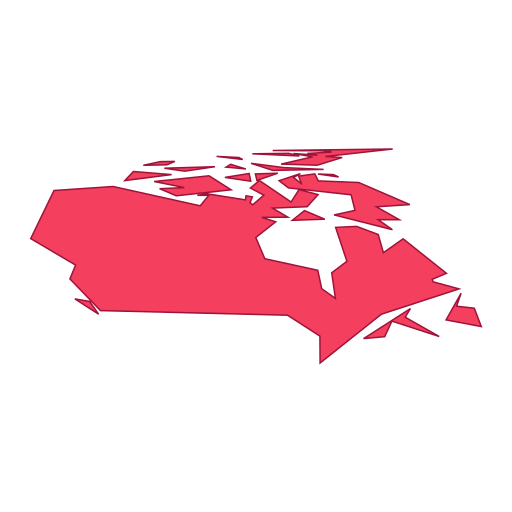 SVG path tracing the border of Canada
{"feature_id": "CAN", "entity_name": "Canada", "entity_type": "country or territory", "adm_level": 0, "iso_a3": "CAN", "parent_name": "North America", "parent_adm1": "", "projection": "equal_earth", "projection_center": [-89.555, 62.395], "detail": "medium", "context": "isolated", "style": "filled", "palette": "rose", "viewbox_px": 512, "rotation_deg": 0, "n_neighbors": 0, "source": "natural_earth", "source_scale": "50m", "svg_char_len": 1940}
<svg xmlns="http://www.w3.org/2000/svg" viewBox="0 0 512 512"><path d="M75.6,265.1L30.7,238.6L54.0,190.5L113.1,186.5L200.2,205.8L208.8,195.3L197.3,195.3L207.2,193.8L245.5,199.9L246.0,195.8L252.4,196.9L250.0,202.6L252.7,204.8L263.8,195.2L250.4,188.0L259.4,180.5L291.1,202.0L299.0,189.6L318.1,194.6L307.2,206.7L272.5,208.1L287.9,217.2L261.8,217.4L275.7,221.8L255.8,237.5L264.8,258.7L317.8,270.3L321.7,288.7L335.4,298.4L331.7,272.8L346.9,261.3L335.6,227.4L356.6,226.4L378.2,234.5L383.4,252.7L403.1,238.8L446.4,273.3L432.2,279.3L433.1,281.8L459.0,288.9L381.4,314.2L320.1,363.0L319.9,336.1L287.5,315.2L100.5,310.6L69.9,278.9L75.6,265.1ZM300.8,183.2L301.7,184.5L298.6,176.1L314.8,173.9L318.3,180.9L358.7,182.5L409.9,204.6L376.4,206.8L399.3,219.7L378.2,219.7L392.4,229.7L334.1,214.9L355.0,210.4L351.1,194.8L288.4,187.9L279.1,180.7L300.4,173.6L293.5,177.5L300.8,183.2ZM272.7,150.5L392.7,149.0L325.3,156.5L342.2,157.5L317.3,165.2L281.1,164.1L312.6,156.8L293.3,153.5L317.5,155.2L307.3,153.4L331.6,152.1L324.2,151.9L331.3,150.9L272.7,150.5ZM154.1,181.5L209.1,175.8L231.1,189.8L176.3,195.8L159.6,188.7L184.4,187.6L154.1,181.5ZM439.2,336.5L391.9,321.1L384.7,336.7L363.6,338.6L410.4,308.6L405.2,317.2L439.2,336.5ZM133.4,171.5L171.6,174.6L124.8,180.6L133.4,171.5ZM252.3,153.8L288.6,153.3L299.3,156.0L252.3,153.8ZM251.0,163.3L283.8,167.6L323.6,169.4L272.9,170.4L251.0,163.3ZM164.3,168.2L215.0,166.7L184.6,171.2L164.3,168.2ZM461.1,293.2L456.6,306.2L474.3,308.2L481.3,326.6L446.1,319.9L461.1,293.2ZM224.9,177.4L249.2,173.5L250.7,181.2L224.9,177.4ZM292.3,220.3L304.5,210.6L324.8,219.2L292.3,220.3ZM255.4,173.9L277.8,173.2L256.9,180.4L255.4,173.9ZM174.9,161.4L166.9,164.8L143.3,165.3L160.4,161.6L174.9,161.4ZM230.7,164.3L245.9,169.0L226.1,167.1L230.7,164.3ZM216.6,156.4L238.9,157.5L242.7,159.5L216.6,156.4ZM74.9,298.9L89.6,301.4L98.6,314.2L74.9,298.9ZM317.9,174.0L333.5,174.6L338.6,177.0L317.9,174.0Z" fill="#f43f5e" stroke="#9f1239" stroke-width="1.5"/></svg>